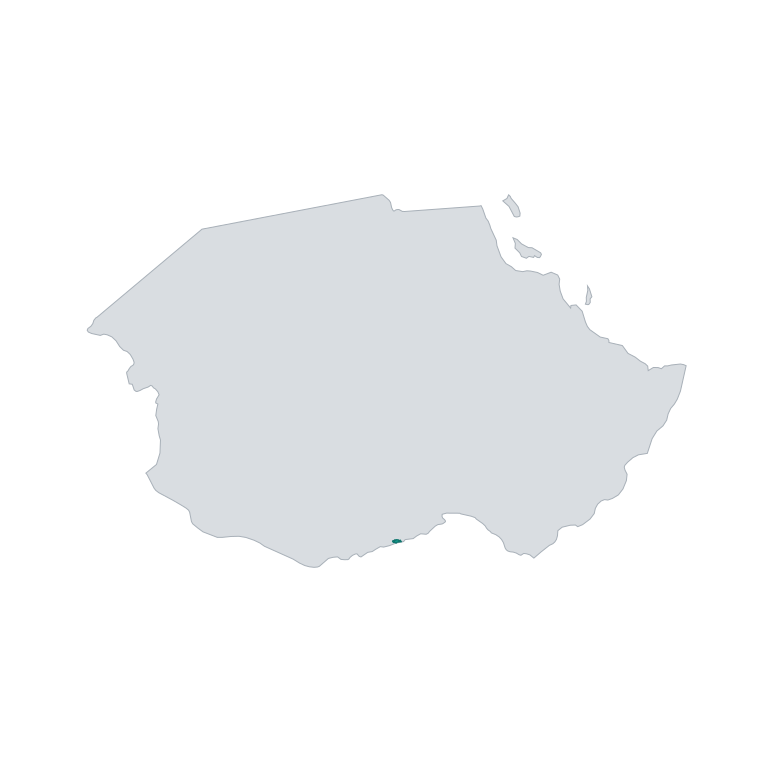 Tunduma, Mbeya, United Republic of Tanzania shown in context, rotated 320°
{"feature_id": "72390352B1593050996578", "entity_name": "Tunduma", "entity_type": "district", "adm_level": 2, "iso_a3": "TZA", "parent_name": "United Republic of Tanzania", "parent_adm1": "Mbeya", "projection": "mercator", "projection_center": [32.774, -9.303], "detail": "fine", "context": "in_parent", "style": "filled", "palette": "teal", "viewbox_px": 768, "rotation_deg": 320, "n_neighbors": 0, "source": "geoboundaries", "source_scale": "gbopen_adm2", "svg_char_len": 4712}
<svg xmlns="http://www.w3.org/2000/svg" viewBox="0 0 768 768"><g transform="rotate(320 384 384)"><path d="M297.8,517.3L290.7,513.5L284.2,511.3L278.9,508.7L276.6,506.2L271.6,505.3L267.3,504.8L263.3,502.5L255.2,501.7L254.2,500.1L254.1,496.7L252.7,495.8L249.7,495.0L246.5,495.0L244.6,495.5L243.4,495.3L240.8,493.2L238.3,490.7L237.3,486.6L233.6,484.0L229.3,481.9L217.3,482.1L215.5,481.5L212.6,479.5L209.3,476.0L206.6,472.1L204.2,466.9L201.8,459.7L188.1,431.4L186.7,426.0L184.0,420.1L179.6,412.8L175.0,407.4L168.7,402.4L161.5,397.5L157.7,394.3L150.3,380.9L148.8,374.7L147.6,368.2L148.1,365.6L152.7,357.3L153.2,355.0L152.6,351.8L150.4,345.2L147.5,337.2L141.6,322.5L140.8,318.9L140.9,316.1L144.3,301.2L144.3,299.2L158.0,299.4L168.0,292.9L176.8,283.2L178.5,279.2L182.1,272.9L185.5,269.8L186.9,267.7L188.9,261.5L193.5,257.3L197.9,254.0L197.0,251.8L197.7,250.9L200.1,249.3L204.8,247.7L205.8,244.5L205.7,240.8L205.0,238.8L205.1,236.4L204.4,235.1L201.3,234.7L196.7,232.9L192.8,232.1L190.2,231.1L189.3,230.3L188.8,228.0L191.0,222.4L188.9,220.1L193.6,210.7L194.5,209.5L196.2,209.4L199.0,208.4L201.5,207.9L203.6,208.3L205.2,207.9L206.5,206.8L207.7,203.6L208.6,198.3L208.1,194.0L206.1,190.6L205.6,185.5L206.5,178.7L205.8,172.9L203.6,168.4L201.4,165.7L197.9,164.4L192.5,157.4L190.9,154.1L191.2,152.0L193.0,151.1L196.5,151.4L199.7,150.6L202.7,148.7L205.7,148.1L207.2,148.4L344.1,148.4L504.1,237.7L504.8,238.8L506.0,246.5L505.7,249.1L503.3,253.6L502.6,255.9L502.5,257.5L503.1,258.1L505.2,258.3L507.0,259.4L507.7,260.2L509.0,263.6L510.8,265.2L571.6,309.1L573.0,309.8L572.1,313.5L568.7,322.4L568.5,326.2L567.1,330.5L565.8,333.4L562.4,346.0L559.4,350.7L555.4,361.8L554.8,370.2L557.0,376.1L557.8,381.7L562.5,387.1L566.2,389.1L568.8,391.6L573.3,397.3L575.8,403.0L583.9,405.8L587.1,412.2L586.0,416.6L582.2,420.2L578.7,426.1L575.9,433.9L575.8,445.8L577.7,444.0L582.0,446.9L582.6,455.6L578.2,465.9L576.8,470.6L576.6,474.7L579.8,487.0L584.6,493.2L584.3,495.1L583.0,496.8L591.3,507.8L590.6,517.4L593.7,524.9L595.1,531.4L597.1,536.3L597.5,539.8L595.0,543.6L601.0,544.5L604.6,547.7L606.3,550.6L610.6,550.5L613.0,552.5L616.4,554.2L623.9,559.2L626.0,561.8L627.2,564.2L606.5,580.0L599.0,584.1L593.6,586.0L587.9,587.0L582.5,589.5L577.3,593.4L570.8,595.4L562.8,595.4L554.3,598.2L541.1,606.4L533.4,601.8L527.3,600.4L520.4,600.5L516.2,601.1L514.6,602.1L513.3,604.8L512.2,609.4L507.6,613.8L499.6,618.0L492.3,619.6L485.5,618.5L480.9,616.8L478.6,614.3L475.1,613.2L470.4,613.4L466.0,615.1L461.7,618.4L455.0,619.9L445.7,619.4L440.7,617.8L440.0,615.1L435.9,611.9L428.4,608.2L422.9,608.1L419.4,611.7L416.2,613.9L413.3,614.8L410.7,614.9L406.9,613.9L396.6,613.6L386.9,613.7L385.9,608.6L383.9,605.5L382.1,603.6L378.8,603.2L377.8,601.7L376.7,598.6L375.0,595.9L372.8,593.6L371.5,591.5L371.1,589.6L371.4,587.5L373.5,582.3L374.1,578.7L373.9,575.1L372.8,571.3L370.5,566.9L370.7,565.6L369.9,562.5L369.9,560.4L370.3,557.7L369.9,554.3L367.9,546.8L367.9,544.9L365.8,541.3L359.3,532.8L359.0,531.7L348.9,523.1L344.8,521.2L343.3,522.8L342.8,524.3L343.2,527.0L343.0,528.4L342.5,529.0L340.1,528.9L338.6,528.6L334.8,526.3L331.8,525.8L324.4,526.2L321.7,526.7L319.7,526.2L315.8,522.3L311.2,521.4L307.0,521.2L300.2,516.8L297.8,517.3ZM585.0,374.8L588.3,384.2L587.9,385.9L585.5,387.0L584.3,387.1L582.8,385.6L581.8,382.4L580.0,383.2L577.0,379.4L573.9,379.2L571.3,374.7L572.3,370.8L571.7,364.1L575.0,360.7L576.8,354.9L578.9,358.9L579.4,365.0L582.2,372.2L585.0,374.8ZM601.1,319.2L601.3,321.4L600.7,323.5L600.8,330.1L600.6,334.5L598.1,340.6L596.0,342.7L594.2,342.1L592.7,341.1L591.5,339.4L593.9,328.3L592.7,320.1L597.4,320.9L601.1,319.2ZM594.4,454.1L592.0,454.7L591.1,454.2L589.6,452.3L592.2,450.8L594.6,447.7L600.3,443.3L602.9,439.7L602.5,443.2L599.3,450.8L596.6,451.3L594.4,454.1Z" fill="#d9dde1" stroke="#a8b0b8" stroke-width="1"/><path d="M295.9,514.2L295.7,514.2L295.4,514.1L295.2,514.1L294.9,514.1L294.7,513.9L294.5,513.7L294.6,513.3L294.8,512.9L294.7,512.7L294.4,512.4L294.2,512.2L293.8,511.7L293.4,511.5L293.4,511.4L293.2,511.3L293.1,511.2L292.8,511.0L292.7,511.0L292.6,510.9L292.3,510.7L292.2,510.6L292.1,510.8L292.1,511.0L291.9,510.9L291.6,510.7L291.3,510.6L291.2,510.6L290.8,510.3L290.7,510.2L290.4,510.1L290.2,510.1L289.9,509.9L289.7,509.9L289.6,510.0L289.5,510.3L289.6,510.5L289.5,510.8L289.5,511.0L289.5,511.3L289.6,511.5L289.8,511.6L290.0,511.7L290.3,511.7L290.3,511.8L290.5,511.8L290.7,512.0L290.7,512.3L290.8,512.3L290.8,512.5L290.9,512.8L290.9,513.0L291.0,513.1L291.0,513.3L291.1,513.5L291.3,513.6L291.5,513.6L291.8,513.5L291.8,513.4L292.0,513.4L292.0,513.5L292.3,513.5L292.5,513.6L293.3,514.1L294.0,514.5L295.8,515.7L295.9,515.3L295.8,515.1L295.8,514.8L295.8,514.6L295.9,514.4L295.9,514.2L295.9,514.2Z" fill="#14b8a6" stroke="#0f766e" stroke-width="1.5"/></g></svg>